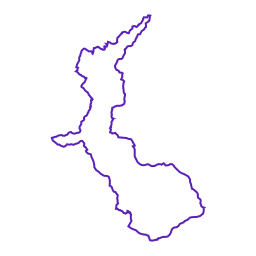 Petrosani, Hunedoara, Romania
{"feature_id": "2599482B39314069037864", "entity_name": "Petrosani", "entity_type": "district", "adm_level": 2, "iso_a3": "ROU", "parent_name": "Romania", "parent_adm1": "Hunedoara", "projection": "orthographic", "projection_center": [23.402, 45.443], "detail": "fine", "context": "isolated", "style": "outline", "palette": "violet", "viewbox_px": 256, "rotation_deg": 0, "n_neighbors": 0, "source": "geoboundaries", "source_scale": "gbopen_adm2", "svg_char_len": 5763}
<svg xmlns="http://www.w3.org/2000/svg" viewBox="0 0 256 256"><path d="M198.7,216.3L199.8,216.2L203.1,213.6L203.8,210.5L203.6,208.0L204.1,207.6L202.7,207.2L201.4,206.3L201.0,204.7L200.3,203.3L200.7,201.2L200.6,200.0L200.3,199.4L198.1,197.7L197.8,196.6L197.9,194.7L197.8,194.1L197.0,192.5L194.4,190.1L192.8,189.0L192.1,188.9L191.2,185.8L191.1,184.4L190.0,181.6L190.1,179.5L188.3,176.5L184.2,174.1L182.2,173.4L179.6,172.0L174.5,167.0L174.0,165.9L172.1,164.2L170.4,164.1L168.3,165.2L165.7,165.5L165.2,165.2L164.3,163.6L163.5,163.3L161.6,164.7L161.0,164.3L158.6,164.1L156.9,164.7L154.4,166.1L153.5,165.9L152.5,166.2L151.0,165.9L149.4,164.8L148.3,164.3L146.8,164.4L144.8,165.1L142.2,165.2L139.8,164.1L137.9,162.5L137.0,161.1L136.5,159.9L136.1,159.4L135.9,158.5L134.9,157.2L134.7,155.3L134.7,149.4L134.3,148.4L132.9,146.3L134.4,146.0L134.8,145.6L132.7,142.0L132.5,141.3L131.0,139.2L128.4,138.9L126.5,138.0L118.4,137.3L117.8,135.5L117.3,134.7L116.4,134.3L115.2,132.8L114.1,133.3L112.1,133.4L111.8,132.7L110.1,132.4L110.5,130.6L111.0,129.6L110.0,128.2L111.0,127.4L110.6,126.8L111.4,125.1L111.6,123.7L111.5,121.9L113.1,119.4L112.7,118.6L111.7,118.5L112.9,118.3L112.0,117.9L111.5,116.8L111.6,115.5L111.9,115.1L111.9,114.6L111.5,113.5L111.6,112.9L111.5,112.4L111.7,111.9L111.6,111.1L112.1,110.4L112.3,109.4L112.0,108.9L112.1,108.2L112.4,107.7L113.1,107.6L115.3,106.3L116.4,106.1L117.2,105.7L117.9,105.9L120.3,105.7L122.5,105.1L122.8,104.6L123.8,104.2L124.3,103.6L124.6,101.9L124.8,101.4L124.3,99.9L124.5,97.3L125.0,95.5L125.0,94.0L124.2,93.4L123.8,92.7L123.5,88.9L123.2,88.1L123.3,87.2L123.1,86.4L123.4,84.6L123.4,83.4L124.2,81.5L124.1,81.2L122.9,80.1L121.1,79.4L122.4,76.8L122.1,75.2L122.7,73.3L121.6,72.6L119.8,72.6L119.0,71.8L118.8,71.0L118.5,70.7L116.2,69.6L115.2,67.4L115.0,66.7L115.1,65.9L115.0,65.7L117.1,61.9L117.3,60.7L118.2,59.5L119.1,59.0L121.5,58.9L122.2,58.4L123.1,56.9L123.2,56.3L125.1,53.0L125.0,50.6L124.6,49.7L124.9,49.2L126.0,48.6L126.9,47.0L127.7,46.4L128.9,46.0L130.5,46.2L132.2,45.3L132.5,44.8L132.7,43.7L133.4,42.3L134.8,41.4L135.2,40.9L135.6,39.3L136.4,38.0L136.4,37.5L137.1,36.8L137.8,34.5L140.2,34.1L140.5,33.2L141.6,31.3L142.3,30.6L144.2,29.4L144.9,27.7L145.9,27.2L146.1,25.7L145.7,23.7L145.7,23.3L148.0,21.9L148.5,21.2L149.1,20.9L149.2,20.4L149.5,20.0L149.8,16.9L150.3,15.6L149.1,15.4L148.0,15.5L147.2,17.4L143.8,17.3L143.5,18.1L143.1,18.7L143.2,19.5L141.6,22.1L141.5,22.7L140.3,23.7L139.4,23.9L139.1,24.5L138.6,24.8L138.7,25.1L138.5,25.4L137.8,25.7L137.7,26.0L136.6,27.0L136.0,26.9L135.0,26.2L134.1,26.0L132.4,26.5L132.4,28.5L131.6,29.3L130.6,29.8L129.9,30.5L128.8,33.2L127.6,33.1L125.2,31.8L124.0,31.8L122.2,32.4L121.9,32.8L122.0,33.4L121.4,33.5L118.5,37.0L118.1,37.1L117.4,37.9L117.0,40.8L117.4,41.8L116.3,43.0L115.3,43.3L114.7,43.9L113.8,43.7L112.8,43.9L111.1,43.4L110.0,42.5L107.9,41.9L107.7,43.6L107.4,43.9L107.4,44.3L106.4,44.1L107.2,45.1L106.9,46.5L106.7,46.6L106.4,46.3L105.0,47.1L104.5,46.3L104.3,46.4L104.6,47.0L104.4,47.2L104.4,47.5L104.9,48.5L104.7,49.4L104.1,49.7L103.1,49.5L102.9,49.7L102.3,49.2L100.7,48.8L98.6,47.1L97.6,46.7L97.1,47.2L96.5,47.2L95.5,47.9L94.0,48.0L93.5,49.7L93.4,51.6L92.9,53.5L92.7,53.8L92.3,53.4L92.2,51.9L91.4,51.3L88.7,51.3L84.8,48.6L84.2,48.6L82.9,49.4L81.6,50.8L81.4,51.2L81.3,52.4L80.5,54.2L80.1,56.0L79.3,57.3L79.2,58.3L79.3,60.0L79.2,60.5L76.9,64.8L76.7,66.4L76.3,67.2L78.0,67.8L77.3,69.7L77.4,70.1L76.0,71.4L76.7,71.6L78.2,72.7L78.6,73.6L79.1,74.1L79.8,74.6L81.0,74.9L81.7,76.0L84.0,76.7L84.9,78.0L86.4,77.9L86.5,78.0L86.4,78.6L85.8,79.2L85.4,80.5L84.4,82.4L82.7,83.9L82.1,84.9L81.7,85.3L81.3,86.6L81.8,87.3L83.5,88.1L85.0,90.3L85.9,91.2L87.7,92.4L89.0,95.1L90.4,96.6L90.9,97.4L91.7,98.0L91.8,98.5L92.6,99.2L92.1,100.0L91.2,99.9L91.0,101.0L91.3,102.5L90.4,104.5L90.9,105.8L89.9,107.1L90.1,107.7L90.5,107.7L90.2,108.7L89.9,109.4L88.5,111.2L88.4,112.4L87.7,113.0L87.1,115.0L86.4,115.7L84.9,116.4L83.9,118.0L84.2,119.4L83.7,120.3L81.3,121.7L81.3,123.7L81.0,124.5L79.6,126.7L79.5,128.4L80.5,130.2L80.0,131.8L78.7,132.8L77.6,132.7L74.9,133.6L73.2,133.5L72.0,133.0L70.9,132.0L69.7,132.3L68.6,132.8L67.3,134.7L65.9,135.0L64.6,135.8L62.7,135.7L62.2,135.2L61.4,135.1L59.5,135.3L57.6,135.9L56.7,136.6L54.2,137.0L53.7,137.5L51.9,137.8L52.1,138.9L52.9,140.6L56.2,143.2L57.7,144.6L59.4,144.6L60.6,145.6L63.9,146.8L65.9,145.7L66.9,144.3L69.8,144.7L71.2,144.2L73.5,144.8L74.4,144.3L78.5,143.0L79.6,141.8L80.9,140.9L82.4,141.0L84.3,143.4L84.3,144.4L83.8,145.6L84.5,146.7L85.3,146.8L87.3,149.7L85.9,150.8L86.5,152.2L87.9,153.4L90.7,154.3L91.1,155.1L91.2,156.1L91.6,157.2L93.0,160.2L93.4,161.2L94.1,164.0L94.4,167.4L96.2,170.1L99.1,172.1L100.3,173.5L104.1,175.8L107.3,176.0L108.9,177.0L109.8,180.2L109.8,183.8L109.6,185.6L110.3,186.2L110.8,186.2L111.5,186.7L112.4,188.8L112.6,189.9L113.0,190.3L113.4,191.2L113.8,191.7L115.6,192.1L116.2,193.3L116.9,194.2L117.5,194.7L117.8,195.4L117.1,198.6L117.7,200.1L117.5,200.8L117.5,201.7L118.1,203.3L117.6,204.0L116.7,204.5L116.5,205.0L116.0,208.9L117.4,208.7L117.9,209.3L118.6,209.6L119.0,210.2L120.3,210.1L121.4,211.0L122.3,211.2L123.6,212.9L125.0,213.2L125.4,213.6L127.1,212.7L127.9,212.5L127.3,211.1L127.4,210.8L127.9,210.9L128.4,211.6L129.6,211.9L130.1,212.6L129.9,213.4L130.6,213.7L131.1,214.5L130.8,215.8L130.9,219.2L131.4,220.4L131.4,221.0L128.4,226.4L131.7,228.6L136.0,230.3L139.2,233.2L143.0,234.4L145.9,234.7L147.7,235.6L148.4,235.7L149.9,240.0L150.1,240.3L152.2,240.6L154.1,240.3L155.1,239.8L156.7,239.9L157.7,239.5L157.8,239.3L157.3,239.1L158.5,238.2L159.6,238.2L161.0,237.5L163.6,236.8L164.8,237.0L167.7,236.5L169.7,234.7L170.1,233.8L170.6,233.2L171.9,229.3L173.3,228.0L173.8,227.7L177.2,227.0L178.7,225.7L179.3,224.6L180.2,223.7L183.7,222.3L184.6,221.1L187.4,219.9L189.8,217.7L191.8,217.2L197.2,216.9L198.7,216.3Z" fill="none" stroke="#5b21b6" stroke-width="2"/></svg>